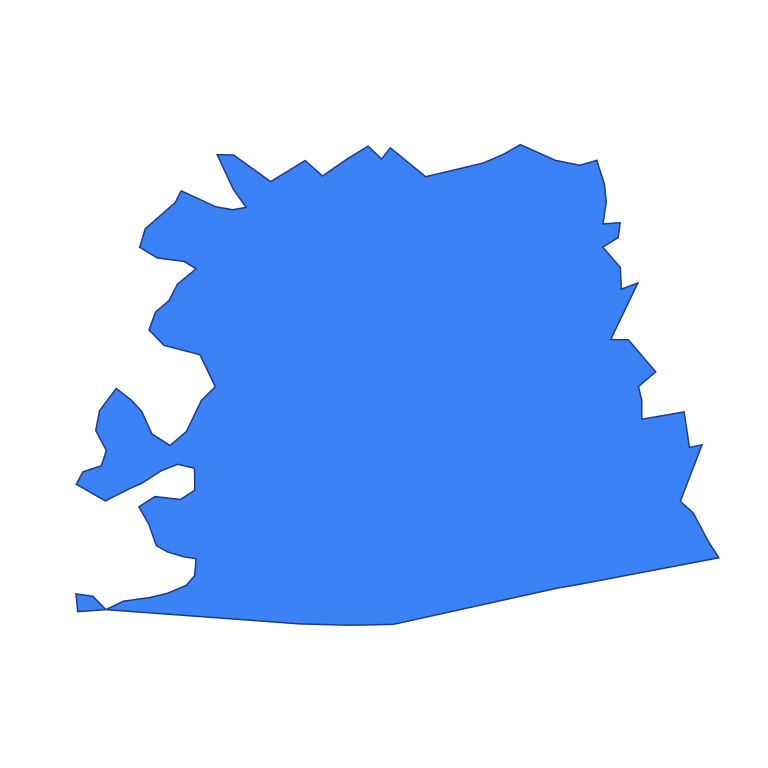 Santa Lúcia, Paraná, Brazil, rotated 176°
{"feature_id": "56859067B61888752211446", "entity_name": "Santa Lúcia", "entity_type": "district", "adm_level": 2, "iso_a3": "BRA", "parent_name": "Brazil", "parent_adm1": "Paraná", "projection": "mercator", "projection_center": [-53.534, -25.393], "detail": "fine", "context": "isolated", "style": "filled", "palette": "blue", "viewbox_px": 768, "rotation_deg": 176, "n_neighbors": 0, "source": "geoboundaries", "source_scale": "gbopen_adm2", "svg_char_len": 1389}
<svg xmlns="http://www.w3.org/2000/svg" viewBox="0 0 768 768"><g transform="rotate(176 384 384)"><path d="M677.2,178.3L485.1,150.6L436.8,145.9L423.4,145.1L391.5,143.6L224.4,168.4L206.8,170.1L62.1,187.3L71.6,204.6L84.5,233.7L96.6,246.3L71.0,301.1L83.7,299.4L86.6,335.2L129.3,330.9L128.0,349.5L130.3,363.8L112.1,377.2L137.2,411.1L154.8,412.5L123.7,467.1L140.6,462.1L140.1,483.7L156.2,505.3L140.1,513.8L137.2,528.4L154.3,528.4L149.6,550.3L150.1,567.5L156.2,592.3L173.3,588.5L197.5,595.2L231.3,613.3L248.9,604.8L269.7,597.5L328.0,587.9L361.2,619.1L370.7,608.6L383.3,622.4L405.2,611.0L430.8,595.8L447.1,612.4L483.0,593.8L518.0,622.9L534.4,624.4L520.9,589.1L509.3,569.8L522.8,568.4L539.9,572.7L572.8,590.8L579.7,579.5L611.3,555.5L618.2,537.4L601.3,525.5L574.9,520.2L563.4,512.0L583.1,498.0L592.6,482.3L606.8,471.8L614.7,454.3L600.8,437.9L565.5,426.0L552.5,393.0L567.3,380.4L584.4,350.4L601.8,337.6L619.0,350.4L627.7,373.7L637.1,385.4L651.4,398.2L669.6,377.2L674.8,357.7L665.6,337.0L671.7,322.1L690.4,317.4L698.0,305.5L670.1,286.8L645.3,297.3L632.9,301.7L612.1,313.1L595.2,318.3L578.9,313.1L580.2,291.2L595.2,283.0L620.3,287.7L637.1,278.6L628.2,260.0L622.4,238.7L611.3,231.4L595.8,225.6L583.6,222.9L586.3,206.0L595.2,197.0L614.7,190.3L632.4,187.3L658.8,185.6L677.2,178.3ZM705.4,178.3L677.2,178.3L689.3,192.6L705.9,196.1L705.4,178.3Z" fill="#3b82f6" stroke="#1e3a8a" stroke-width="1.5"/></g></svg>